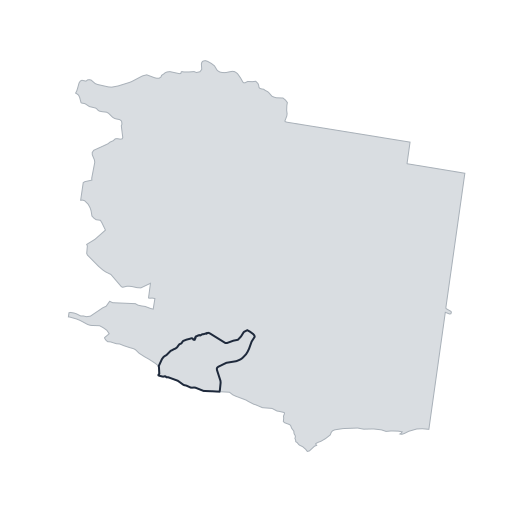 where Gedarif sits in Sudan, rotated 98°
{"feature_id": "SDN-876", "entity_name": "Gedarif", "entity_type": "State", "adm_level": 1, "iso_a3": "SDN", "parent_name": "Sudan", "parent_adm1": "", "projection": "equal_earth", "projection_center": [34.825, 14.186], "detail": "fine", "context": "in_parent", "style": "outline", "palette": "slate", "viewbox_px": 512, "rotation_deg": 98, "n_neighbors": 0, "source": "natural_earth", "source_scale": "10m", "svg_char_len": 5712}
<svg xmlns="http://www.w3.org/2000/svg" viewBox="0 0 512 512"><g transform="rotate(98 256 256)"><path d="M342.4,433.3L338.2,433.3L337.7,431.9L337.8,428.3L338.3,425.6L339.8,421.2L339.4,418.8L339.7,415.4L338.6,411.6L328.6,400.5L326.6,397.4L321.2,394.6L322.2,391.5L320.0,368.8L321.1,366.1L321.4,362.2L321.4,358.7L322.7,352.9L322.9,350.4L312.2,350.2L312.1,352.8L312.6,355.5L312.5,356.6L297.7,356.7L303.6,365.6L303.9,369.5L303.5,374.4L303.6,377.5L303.9,379.6L305.5,383.6L305.4,384.3L305.0,385.2L294.5,397.1L292.7,402.6L291.3,405.5L288.2,410.4L278.5,423.1L277.0,424.0L269.6,424.4L268.9,424.7L268.3,425.3L268.0,425.2L261.8,417.7L251.3,408.7L244.3,413.4L242.3,415.1L242.3,419.4L241.2,421.6L239.3,424.0L234.2,425.6L231.5,426.9L228.2,429.3L225.1,433.4L224.8,435.5L225.2,437.4L207.4,437.3L206.2,435.8L203.7,429.1L201.8,429.5L185.6,428.7L183.3,429.4L178.6,432.2L176.3,432.6L173.9,431.4L165.4,418.1L163.6,416.5L161.7,413.4L159.9,412.0L159.3,411.0L159.1,409.6L159.2,406.6L158.6,404.8L157.3,404.4L145.8,407.5L144.1,407.1L141.7,407.7L140.9,408.2L139.9,410.0L139.7,413.6L139.4,415.4L138.5,417.4L135.2,421.9L134.4,423.9L134.5,428.8L134.3,431.3L133.8,432.5L132.3,434.4L131.8,435.5L131.2,441.8L129.3,445.7L128.9,447.0L128.8,449.8L128.5,450.6L123.3,452.8L121.3,454.2L120.1,456.4L119.8,457.3L117.6,456.5L114.7,456.0L109.3,455.3L107.2,454.3L106.2,452.8L106.5,448.9L106.0,448.1L105.1,447.4L104.6,445.7L104.7,443.8L107.6,439.3L108.2,436.9L109.1,425.8L108.9,422.4L106.8,416.2L101.7,405.4L100.5,403.3L94.1,394.4L93.3,393.1L91.8,389.4L93.6,381.2L93.8,378.9L93.4,376.6L91.8,374.9L90.3,374.7L88.4,372.5L87.2,371.5L86.1,369.6L85.4,366.9L86.1,357.2L85.7,355.9L84.0,355.6L83.7,354.9L83.8,353.1L83.0,347.6L82.0,343.0L82.6,340.5L81.3,337.1L78.7,335.7L73.5,336.8L71.8,336.6L70.7,336.0L70.0,334.7L69.6,333.2L70.0,331.0L71.6,326.9L73.5,323.6L77.3,320.5L78.3,318.9L78.9,317.1L79.0,315.0L78.8,312.8L78.4,310.9L77.4,308.2L76.4,305.1L76.4,303.0L77.0,301.5L78.0,299.7L81.7,296.2L85.6,293.2L86.2,292.2L86.0,291.0L84.3,288.5L83.9,283.9L83.0,280.6L84.9,278.1L86.4,277.2L88.6,276.5L89.5,275.5L89.8,273.5L89.8,271.6L90.6,270.2L91.7,267.2L92.6,265.9L95.6,262.4L96.2,260.1L96.5,257.9L95.8,251.3L97.5,248.5L99.7,246.3L102.8,246.4L107.5,245.9L110.8,245.0L113.1,245.0L118.3,246.2L118.9,245.7L119.2,244.0L121.8,119.3L143.4,119.3L143.6,119.1L145.0,60.7L280.5,60.8L281.6,60.5L283.8,55.1L284.7,54.7L286.1,55.0L286.5,56.3L285.4,60.7L403.6,60.7L403.9,67.3L404.9,72.7L408.3,80.3L411.1,84.4L412.2,86.6L412.3,87.7L412.2,88.7L411.3,87.6L409.8,86.8L409.6,90.4L410.4,97.7L411.6,102.8L410.7,107.6L410.9,115.6L412.5,125.3L412.2,131.4L414.8,145.9L417.2,153.9L418.5,155.9L420.0,156.9L422.9,157.6L427.1,161.7L430.5,166.0L431.7,168.3L433.4,170.7L434.5,170.3L435.1,169.6L436.2,171.6L441.6,176.0L442.4,178.0L440.5,179.9L438.3,183.3L437.3,186.5L436.7,187.5L434.9,189.4L434.6,190.4L433.9,191.0L433.0,191.0L431.2,192.1L429.6,191.8L428.0,192.4L427.4,193.1L426.0,193.8L424.3,194.1L421.5,196.8L419.1,198.1L418.3,199.2L417.1,204.5L416.1,205.9L412.6,206.0L410.8,206.5L408.4,205.9L407.3,206.0L407.0,207.1L406.6,211.7L406.6,213.6L404.7,218.9L405.3,228.6L403.3,235.9L403.1,237.6L401.1,243.4L400.1,245.6L397.7,256.4L396.7,259.7L394.6,263.3L396.8,289.4L395.1,297.4L395.1,301.8L393.9,308.2L392.9,311.2L391.3,314.8L390.0,318.8L388.8,324.2L388.1,334.2L387.7,335.2L381.3,336.4L379.3,337.1L377.9,338.2L376.3,340.8L373.0,347.9L371.3,352.3L368.6,358.2L365.5,362.4L364.8,364.5L364.3,368.3L363.2,374.4L362.1,378.7L362.3,382.1L361.3,388.1L361.5,391.0L360.4,392.7L358.9,394.2L357.9,394.6L353.4,390.6L350.3,393.4L348.3,397.2L346.8,401.2L347.7,409.5L347.6,411.3L347.2,413.3L344.2,421.5L343.3,425.2L342.4,431.7L342.4,433.3Z" fill="#d9dde1" stroke="#a8b0b8" stroke-width="1"/><path d="M395.0,303.7L394.1,306.7L394.0,307.3L393.9,309.0L393.7,309.9L390.4,316.1L388.3,326.0L388.3,326.6L388.5,327.0L388.6,327.3L388.6,327.5L388.4,328.0L388.1,328.4L387.8,328.9L387.8,329.6L388.3,330.8L388.4,331.2L388.4,332.0L388.0,335.3L387.8,335.9L387.5,336.1L386.9,335.9L386.7,335.7L386.4,335.5L386.1,335.4L385.9,335.4L379.2,336.7L378.6,337.0L371.2,334.8L369.0,333.6L368.2,332.9L367.5,332.1L366.9,331.3L366.6,330.9L361.8,327.3L361.6,327.0L360.9,325.9L359.8,324.5L359.0,323.1L358.6,322.6L357.7,321.7L357.2,321.3L356.8,321.1L356.5,321.0L354.4,319.8L354.1,319.6L354.0,319.4L353.8,319.2L353.2,318.1L352.9,317.8L352.7,317.6L351.6,317.1L350.7,316.6L350.2,316.2L348.5,313.2L347.2,310.0L346.6,308.8L346.5,308.5L346.4,308.2L346.4,307.9L346.5,307.6L346.6,307.3L346.9,306.9L347.1,306.8L347.3,306.6L347.5,306.4L347.6,306.1L347.6,305.8L347.6,305.5L347.6,305.3L347.5,305.1L347.4,305.0L347.1,305.0L346.9,305.1L346.7,305.1L346.4,305.0L346.3,304.7L346.1,304.6L345.6,304.9L345.3,304.9L345.1,304.8L344.7,304.4L344.4,304.2L344.2,304.4L343.9,304.2L343.1,302.5L342.9,302.4L342.7,302.3L342.6,302.1L342.5,301.8L342.4,301.5L342.2,301.0L342.2,300.8L342.2,300.7L342.4,300.6L342.5,300.5L342.5,300.3L342.4,300.1L342.2,299.8L341.3,298.7L341.0,298.4L340.9,298.1L340.9,297.9L340.8,297.3L340.8,297.2L340.5,296.7L340.4,296.3L339.6,294.8L339.5,294.6L339.2,294.1L339.1,293.9L339.2,293.7L339.4,293.7L339.2,293.4L339.1,293.2L338.9,293.0L338.8,292.7L338.7,292.2L339.2,290.6L346.4,274.3L346.3,273.2L346.2,272.6L343.0,266.6L341.5,262.3L341.4,262.2L337.7,259.6L333.4,257.7L332.7,257.2L330.7,254.3L331.8,251.4L333.7,247.9L334.8,246.7L335.7,246.2L336.3,246.1L341.3,248.4L348.9,250.0L352.0,251.0L354.7,252.2L358.2,254.7L359.4,255.7L360.4,256.8L361.2,258.0L362.4,260.0L362.9,260.9L365.9,270.5L370.9,277.9L372.0,278.9L373.0,279.1L374.3,278.8L384.6,273.8L386.4,273.4L394.1,273.1L395.4,273.3L395.7,276.2L396.0,280.0L396.4,283.7L396.9,289.2L394.9,297.3L394.8,297.9L394.8,298.7L394.9,299.4L395.3,300.9L395.4,302.4L395.0,303.7Z" fill="none" stroke="#1e293b" stroke-width="2"/></g></svg>